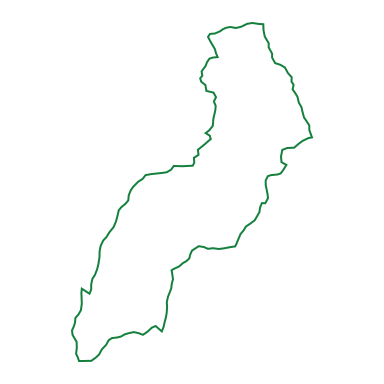 outline of Murutinga do Sul, São Paulo, Brazil
{"feature_id": "56859067B32041072242718", "entity_name": "Murutinga do Sul", "entity_type": "district", "adm_level": 2, "iso_a3": "BRA", "parent_name": "Brazil", "parent_adm1": "São Paulo", "projection": "albers", "projection_center": [-51.304, -20.996], "detail": "fine", "context": "isolated", "style": "outline", "palette": "green", "viewbox_px": 384, "rotation_deg": 0, "n_neighbors": 0, "source": "geoboundaries", "source_scale": "gbopen_adm2", "svg_char_len": 2461}
<svg xmlns="http://www.w3.org/2000/svg" viewBox="0 0 384 384"><path d="M81.8,288.7L81.4,293.2L81.6,298.0L81.8,303.7L80.9,310.2L78.4,314.6L75.4,317.9L75.0,322.8L73.6,327.0L72.0,330.4L72.6,335.0L76.6,341.8L76.8,347.6L76.1,353.8L77.9,357.6L79.0,361.0L83.4,361.0L87.2,360.9L91.2,360.9L95.8,357.6L99.0,354.6L101.9,349.3L106.1,344.9L108.7,340.2L111.9,338.1L117.1,337.5L121.1,336.5L124.6,334.4L128.6,333.2L133.9,332.1L138.7,333.2L143.0,334.8L147.5,331.7L151.8,327.7L155.6,326.0L158.6,328.6L161.8,331.4L163.6,326.9L164.6,322.2L165.8,317.9L166.7,312.8L167.1,306.9L166.8,302.0L168.0,296.7L169.6,292.7L171.2,288.5L171.8,283.7L173.0,279.2L172.3,274.4L171.6,270.2L174.5,268.6L179.2,266.4L182.9,263.1L186.3,261.2L189.3,258.4L190.1,254.9L192.0,250.6L194.7,248.8L198.8,246.2L203.8,247.0L207.9,248.8L213.1,248.2L218.7,249.0L224.2,248.3L230.4,247.1L235.2,246.4L236.8,243.0L238.4,239.1L240.5,234.1L243.6,230.4L245.9,226.5L250.2,223.7L254.7,220.3L257.1,216.2L259.4,212.2L260.0,207.7L261.9,203.1L265.3,203.2L268.0,198.2L267.6,194.6L266.9,190.8L265.7,185.0L265.7,180.4L267.8,176.2L271.0,175.1L277.5,174.5L280.7,173.4L283.4,169.8L286.4,164.9L281.5,162.2L281.0,156.6L282.3,149.9L287.2,148.0L294.1,147.7L299.3,143.3L302.7,140.8L308.4,138.1L312.0,137.4L309.3,130.0L309.3,125.4L306.3,120.8L304.1,117.6L302.5,111.9L301.5,107.3L298.8,102.5L297.4,96.6L294.7,92.3L292.6,89.4L293.6,84.8L291.5,81.6L291.7,77.2L288.1,73.3L284.9,67.5L280.4,64.8L275.1,63.1L272.1,57.6L272.1,53.7L270.5,50.7L268.7,47.4L268.7,43.2L266.8,40.0L264.8,36.6L263.5,30.2L263.3,24.2L259.3,24.0L252.4,23.0L247.2,23.8L241.3,26.7L236.0,28.0L230.3,27.0L226.0,27.8L222.8,29.3L220.0,31.3L215.0,33.5L210.0,33.9L208.0,36.9L211.1,42.7L215.0,49.3L215.9,53.0L217.6,57.1L212.5,57.6L209.4,58.7L207.1,62.1L205.5,66.1L201.6,71.4L202.3,75.7L200.2,78.3L201.2,81.7L205.4,85.0L206.4,90.9L213.5,92.6L216.0,97.2L213.9,101.5L215.7,105.9L215.3,110.3L213.4,118.7L212.8,125.8L209.3,130.3L205.7,133.1L209.8,135.7L210.7,139.1L207.7,141.6L204.8,144.2L197.9,149.8L198.5,154.9L193.9,157.8L194.3,162.7L192.7,165.7L182.7,166.2L173.7,166.0L171.2,169.6L166.9,172.2L163.2,172.8L151.2,174.1L145.6,175.1L142.6,178.9L138.1,181.8L133.1,186.9L130.8,190.2L128.7,195.4L128.3,200.4L125.5,203.7L121.2,207.3L118.7,210.4L117.6,215.5L116.0,221.4L113.6,227.1L109.3,232.4L106.5,237.0L103.2,240.5L100.7,245.8L99.6,251.3L99.5,257.2L98.3,264.7L97.0,269.6L94.9,275.0L92.4,278.8L91.2,284.5L91.2,289.5L89.5,293.7L81.8,288.7Z" fill="none" stroke="#15803d" stroke-width="2"/></svg>